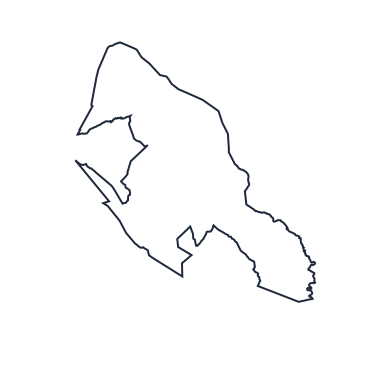 Santiago Tilantongo, Oaxaca, Mexico, rotated 314°
{"feature_id": "50627088B21759146894755", "entity_name": "Santiago Tilantongo", "entity_type": "district", "adm_level": 2, "iso_a3": "MEX", "parent_name": "Mexico", "parent_adm1": "Oaxaca", "projection": "orthographic", "projection_center": [-97.358, 17.197], "detail": "fine", "context": "isolated", "style": "outline", "palette": "slate", "viewbox_px": 384, "rotation_deg": 314, "n_neighbors": 0, "source": "geoboundaries", "source_scale": "gbopen_adm2", "svg_char_len": 5973}
<svg xmlns="http://www.w3.org/2000/svg" viewBox="0 0 384 384"><g transform="rotate(314 192 192)"><path d="M133.8,86.0L127.7,138.8L122.3,135.9L123.4,141.1L121.1,159.8L116.8,172.9L115.6,184.9L115.4,187.2L115.7,188.4L115.8,190.1L115.7,190.8L115.9,191.9L116.0,192.9L116.2,193.6L116.6,194.2L117.2,194.7L118.0,195.0L118.4,195.5L118.3,196.2L118.4,196.9L118.8,198.1L119.1,199.3L119.4,200.6L118.9,201.5L118.0,202.7L116.9,204.8L116.6,205.1L117.3,209.6L124.5,243.7L133.8,234.3L146.3,235.5L142.8,220.2L148.0,214.0L158.0,214.4L165.9,214.7L162.4,222.1L161.7,222.6L161.1,223.4L160.5,224.0L159.8,224.7L159.4,225.4L159.5,226.1L159.6,226.8L159.6,227.5L158.8,228.4L158.4,229.0L157.8,229.7L157.4,230.4L156.9,231.2L156.4,231.9L156.3,232.7L157.2,233.3L158.2,233.0L159.7,233.4L161.1,233.2L162.8,232.8L163.9,232.9L164.8,232.7L166.4,232.8L167.3,232.4L168.2,232.2L168.9,232.0L169.5,231.9L170.3,231.5L171.9,231.2L172.7,230.6L173.3,230.3L174.4,230.8L175.3,231.7L175.7,232.3L176.8,232.9L177.5,232.8L178.2,232.6L179.0,232.5L180.0,232.2L181.0,231.7L181.7,231.1L183.0,230.7L183.0,233.3L183.1,236.2L183.3,237.6L183.8,239.7L184.5,242.2L185.1,245.1L185.7,246.9L186.1,247.9L185.7,248.6L185.5,249.2L185.9,250.1L186.3,250.7L186.8,251.0L186.6,252.2L186.2,253.1L186.8,254.3L186.9,255.7L186.6,256.8L186.4,257.8L186.7,258.7L186.7,259.8L186.1,260.9L183.6,268.0L184.4,274.2L184.1,275.6L183.6,280.0L185.0,285.1L181.7,289.4L178.8,289.9L179.0,290.9L178.6,291.6L178.4,292.3L178.5,293.0L178.6,293.7L179.1,294.7L179.3,295.9L179.0,296.5L178.3,296.8L177.5,297.4L177.3,298.3L177.5,299.1L177.1,300.2L176.5,300.7L176.0,301.2L175.8,302.1L175.5,302.8L174.6,303.0L173.9,303.2L173.0,303.5L171.9,304.0L170.1,304.6L187.1,345.0L198.9,352.9L199.0,352.3L199.3,351.7L199.2,351.0L198.6,349.6L198.5,348.6L198.8,348.3L200.4,348.9L202.0,349.1L202.9,348.5L203.5,347.2L203.5,345.8L202.8,344.7L201.8,343.6L201.7,342.8L202.2,342.1L203.0,342.0L203.8,342.2L204.5,343.3L204.5,343.9L204.9,344.5L205.4,344.9L205.8,344.6L206.1,344.1L206.0,342.9L205.9,341.9L206.3,340.9L206.9,340.6L208.4,340.5L209.8,341.4L210.8,342.2L211.0,342.9L211.9,343.5L212.4,343.3L212.7,342.5L213.4,341.4L214.1,340.8L214.7,340.4L215.0,339.7L215.2,338.8L215.3,338.2L215.7,337.5L216.2,337.1L217.8,337.0L218.6,336.2L218.0,333.9L217.6,332.6L217.5,331.2L217.1,330.4L216.9,329.9L217.0,329.6L217.7,329.1L218.6,329.1L219.5,329.0L220.7,328.8L221.9,328.4L222.5,328.5L223.1,329.3L223.6,329.7L224.3,330.1L225.2,330.4L226.3,330.0L226.5,329.1L226.4,328.3L226.0,327.8L225.2,327.7L224.6,327.4L224.2,326.8L224.2,326.2L224.4,325.7L225.1,324.7L225.3,323.4L225.9,321.8L226.7,321.2L226.7,320.5L226.4,320.1L225.9,319.5L225.9,318.8L225.5,318.3L225.6,317.4L226.4,316.8L226.5,315.8L227.4,314.9L227.1,314.2L228.2,313.9L227.5,313.1L228.3,312.5L229.0,310.8L229.6,310.9L229.5,310.0L230.2,309.4L230.4,308.1L231.0,307.5L230.9,306.3L231.8,305.0L232.6,303.9L233.4,303.2L234.2,302.5L233.3,301.2L234.5,300.1L233.7,298.0L232.8,296.4L233.3,295.1L231.2,289.3L231.4,287.3L231.9,286.6L231.2,286.5L231.1,286.1L231.5,285.9L231.5,285.4L232.7,284.8L233.3,281.9L233.4,279.0L232.8,276.5L233.3,275.6L231.3,273.2L229.9,272.9L228.9,272.3L227.9,271.9L227.5,271.5L227.5,271.0L227.7,270.4L228.1,270.1L229.0,269.3L229.2,268.9L229.4,268.5L229.6,268.1L229.4,267.5L229.2,266.7L229.6,265.8L229.4,265.2L229.5,264.7L229.7,264.0L229.6,263.3L229.3,262.4L228.8,261.8L228.5,261.3L228.3,261.0L228.4,260.5L228.4,260.2L228.0,259.8L227.8,259.3L227.7,258.7L227.6,258.1L227.1,257.7L226.7,257.5L226.2,257.3L225.9,256.9L225.2,256.2L225.1,255.8L224.6,254.6L224.2,254.2L223.8,253.6L223.2,251.8L223.0,251.5L222.6,251.2L222.4,250.7L222.3,250.3L222.5,249.4L221.5,243.5L220.8,239.8L229.2,229.6L236.5,228.3L237.8,227.3L237.9,226.6L238.3,225.9L238.9,225.1L239.3,224.4L240.2,223.6L241.4,222.6L242.4,222.0L243.4,220.5L243.7,219.7L243.8,218.9L243.9,217.8L243.9,216.8L243.8,215.9L243.3,213.7L243.0,212.7L242.4,212.0L242.1,211.0L241.7,210.1L241.6,208.9L241.8,208.0L241.8,207.3L242.0,206.8L242.2,206.4L241.9,205.7L241.9,205.3L242.0,204.1L241.9,203.3L246.2,190.8L248.3,188.9L258.8,177.4L262.7,166.1L268.6,154.9L265.7,135.8L260.0,120.1L256.5,110.8L255.6,102.1L257.0,96.1L257.3,93.4L253.9,87.8L254.8,71.9L253.8,62.1L256.0,53.4L255.0,50.2L251.1,40.0L249.6,36.3L247.9,35.5L246.6,34.6L245.4,34.1L243.9,33.6L242.4,33.3L241.2,32.6L240.1,31.7L238.5,31.1L236.3,31.5L214.7,39.7L211.1,41.9L208.7,43.2L206.9,44.4L203.6,46.6L194.8,52.4L191.0,54.9L186.3,58.0L184.5,59.3L184.7,60.8L158.7,67.8L158.9,68.5L154.6,69.5L153.8,69.8L154.5,70.4L155.9,71.0L157.6,72.1L158.7,73.6L160.1,75.0L161.6,75.7L163.3,75.4L165.9,75.0L167.6,75.6L168.9,76.1L170.9,76.9L172.1,77.6L173.7,77.9L175.1,78.5L176.7,79.2L177.7,79.5L179.3,79.6L180.4,80.2L181.7,80.5L183.1,81.0L184.3,82.4L185.4,83.7L186.5,84.2L186.0,85.2L188.5,85.6L189.1,85.2L189.7,85.1L190.1,85.2L191.1,85.6L191.4,85.7L191.9,85.7L192.0,86.0L192.0,86.3L192.1,86.6L192.4,86.7L192.7,86.8L193.0,87.0L193.3,87.1L193.6,87.1L193.8,87.3L194.0,87.9L194.2,88.0L194.4,88.0L194.7,88.1L194.9,88.6L195.3,88.9L195.3,89.2L195.4,89.5L195.7,89.5L196.2,89.2L196.4,89.2L196.4,89.5L196.3,89.8L196.5,90.0L196.6,90.3L196.4,90.7L196.3,90.9L197.2,91.6L198.4,92.3L200.3,92.8L201.7,93.6L202.8,94.3L204.0,94.8L202.7,95.1L201.8,96.2L200.8,97.6L199.8,98.5L197.8,98.9L196.5,100.4L191.8,110.2L190.1,113.2L190.3,114.5L190.3,115.8L190.9,117.4L191.4,118.7L192.1,119.7L191.9,126.8L195.0,127.6L188.4,127.4L178.5,126.9L171.6,126.6L168.4,128.2L164.8,130.1L161.5,131.8L160.1,133.2L156.9,133.6L150.3,133.6L150.2,134.5L150.2,136.0L150.2,137.0L150.4,138.0L150.7,139.0L150.1,139.9L149.4,140.6L149.1,142.0L149.7,143.1L149.9,145.9L149.2,146.7L148.5,147.9L146.9,149.3L145.7,148.8L144.5,149.1L143.4,150.1L142.8,150.5L142.4,151.0L141.4,151.8L140.6,151.7L139.7,151.7L138.8,152.0L137.7,151.6L136.6,150.6L136.0,150.3L135.4,150.2L139.9,133.6L140.3,131.8L140.6,129.8L140.0,119.7L139.2,108.9L139.3,106.8L139.1,105.2L139.1,103.6L138.4,102.5L138.0,100.7L137.8,99.2L137.9,97.9L138.6,96.4L136.0,95.0L135.3,94.4L134.6,93.1L134.0,90.5L133.8,86.0Z" fill="none" stroke="#1e293b" stroke-width="2"/></g></svg>